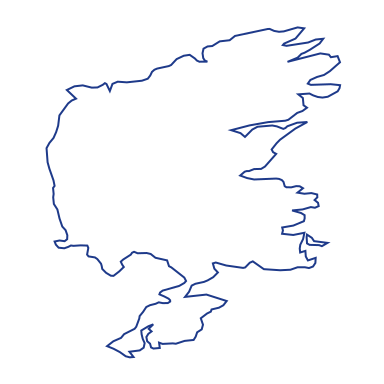 SVG path tracing the border of Ireland, rotated 181°
{"feature_id": "IRL", "entity_name": "Ireland", "entity_type": "country or territory", "adm_level": 0, "iso_a3": "IRL", "parent_name": "Europe", "parent_adm1": "", "projection": "natural_earth1", "projection_center": [-8.443, 53.42], "detail": "fine", "context": "isolated", "style": "outline", "palette": "blue", "viewbox_px": 384, "rotation_deg": 181, "n_neighbors": 0, "source": "natural_earth", "source_scale": "50m", "svg_char_len": 3786}
<svg xmlns="http://www.w3.org/2000/svg" viewBox="0 0 384 384"><g transform="rotate(181 192 192)"><path d="M257.4,48.7L247.0,54.2L245.4,56.3L242.5,64.6L242.2,67.0L238.8,71.3L235.7,76.2L232.0,78.1L226.4,79.6L223.3,81.1L219.4,80.4L214.3,80.5L211.9,82.1L212.0,83.4L213.5,84.9L217.9,87.1L222.8,89.1L222.2,90.9L219.6,92.9L203.1,97.9L198.1,100.9L196.4,102.9L198.2,106.3L211.4,116.3L213.7,117.4L215.7,123.2L227.4,125.6L232.2,129.3L236.3,130.2L245.3,129.8L248.9,131.2L250.9,130.2L252.1,128.3L259.6,123.3L262.0,121.1L260.5,118.1L258.9,115.8L263.4,111.3L269.0,106.8L271.7,106.9L276.5,109.7L280.4,113.5L281.0,116.5L281.7,118.7L285.5,123.3L287.9,124.9L294.3,125.8L295.8,127.6L294.7,134.3L295.7,136.6L302.5,136.7L309.6,136.1L312.1,136.4L314.7,135.0L318.7,133.5L324.4,134.0L327.2,137.0L328.5,140.1L323.6,141.2L318.5,140.6L316.0,142.6L315.9,146.6L317.7,151.6L321.1,155.2L324.0,163.2L326.3,172.2L329.9,177.6L330.7,184.3L330.3,187.6L331.0,193.6L329.5,195.7L330.7,201.2L335.0,212.8L336.9,219.2L338.2,233.3L335.4,238.6L331.4,243.6L328.9,249.5L327.0,255.9L325.9,266.3L317.4,278.4L313.8,281.4L309.6,283.3L318.9,291.8L311.4,295.6L303.1,296.7L294.0,294.6L288.3,294.9L283.1,297.6L281.0,299.3L279.4,298.5L275.9,291.5L273.4,298.7L268.2,301.0L259.1,300.5L244.0,302.4L238.2,304.5L235.8,307.7L234.1,311.4L231.7,313.6L229.0,314.8L217.4,317.5L215.1,318.6L209.7,324.6L202.6,328.1L196.7,329.1L191.5,325.6L189.4,323.5L186.9,322.4L178.9,322.6L181.5,323.7L183.1,326.1L183.9,330.9L183.0,335.5L179.0,337.8L174.3,338.3L166.9,343.1L157.0,344.4L151.7,348.8L119.1,356.3L117.2,356.4L112.7,354.5L107.8,353.7L103.0,354.2L89.3,358.4L82.7,357.6L91.2,347.2L102.5,342.0L103.7,340.5L100.0,339.8L78.5,343.5L71.0,346.6L63.5,347.5L67.0,342.7L76.7,336.2L81.9,333.2L85.0,332.0L88.7,328.2L98.8,323.8L66.1,332.8L57.5,331.7L55.5,329.2L48.8,330.4L46.3,324.3L56.3,315.2L62.1,311.3L69.0,309.2L75.6,306.1L78.1,302.4L75.0,301.2L55.2,302.2L45.8,301.4L46.3,298.4L48.1,295.2L57.9,289.6L63.2,288.7L67.9,289.2L72.5,290.7L76.3,292.5L87.4,291.5L82.8,287.9L82.0,280.7L78.5,278.3L83.0,274.9L88.2,272.9L96.9,265.9L100.0,264.9L117.1,263.2L135.6,259.6L153.9,254.5L144.5,251.7L140.0,248.0L132.8,255.5L127.6,258.4L112.9,259.9L108.3,259.1L101.8,256.7L99.7,257.6L97.8,259.4L88.1,263.1L77.9,264.0L89.8,257.2L104.9,245.8L108.3,242.2L113.1,235.9L111.6,233.2L108.5,231.6L119.5,218.7L123.3,216.3L130.3,216.0L135.4,213.9L137.6,213.9L139.7,213.2L144.1,209.3L137.2,206.9L130.1,205.6L108.1,206.9L105.2,206.6L102.4,205.5L100.7,203.7L99.4,199.4L97.7,198.4L92.8,198.4L87.9,199.7L84.4,199.6L81.1,197.7L86.5,193.2L79.6,192.2L72.6,193.0L66.8,191.7L66.6,188.9L69.3,186.1L65.8,183.4L65.1,180.1L68.8,178.4L72.9,179.0L81.1,176.5L91.6,175.3L82.6,172.9L79.0,170.8L78.9,167.6L79.6,164.8L90.1,160.2L101.2,158.1L100.4,155.1L101.2,151.8L90.0,150.8L78.9,153.2L80.1,146.9L82.8,141.2L83.3,137.4L82.8,133.4L77.6,135.1L77.1,129.5L74.9,125.6L67.2,128.3L67.4,123.2L69.7,119.6L73.7,118.0L77.7,118.7L85.1,118.6L92.2,116.0L102.5,115.3L118.8,116.1L130.0,123.7L133.0,122.3L137.5,117.5L139.6,117.0L156.5,119.1L167.0,121.9L169.9,121.0L168.3,115.7L164.7,112.0L169.3,107.2L174.8,103.9L178.5,102.3L187.0,100.3L190.7,98.4L193.2,92.2L197.1,87.0L175.8,89.7L155.4,83.6L158.7,79.3L163.0,76.8L170.4,74.9L171.1,72.7L174.8,70.8L181.0,65.9L178.7,59.5L179.9,54.8L184.4,51.8L185.8,47.4L187.8,44.1L196.8,43.0L205.5,40.0L208.6,40.3L218.8,39.6L222.3,40.8L221.5,35.5L227.8,34.8L230.2,35.9L231.3,39.6L234.2,42.0L235.1,46.2L233.2,49.4L230.0,51.9L232.9,54.4L228.4,59.0L233.3,57.0L240.3,52.6L239.9,48.9L238.7,44.3L236.7,40.1L237.6,35.5L241.5,32.7L251.8,31.2L247.6,26.0L251.3,25.6L255.4,26.6L261.4,30.7L267.7,33.9L274.2,36.4L268.0,41.4L260.4,44.9L257.4,48.7ZM76.6,149.0L76.3,151.4L71.4,148.3L69.1,145.0L55.6,143.5L61.2,140.1L64.0,141.1L73.5,141.2L76.1,142.6L76.6,149.0Z" fill="none" stroke="#1e3a8a" stroke-width="2"/></g></svg>